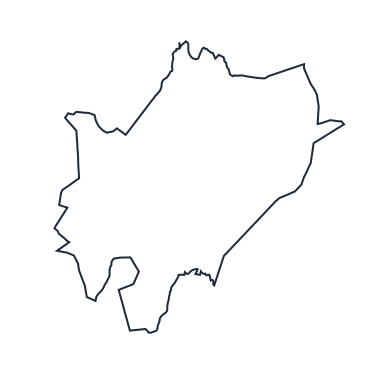 El Bosque, Chiapas, Mexico (Equal Earth projection), rotated 10°
{"feature_id": "50627088B31014849406077", "entity_name": "El Bosque", "entity_type": "district", "adm_level": 2, "iso_a3": "MEX", "parent_name": "Mexico", "parent_adm1": "Chiapas", "projection": "equal_earth", "projection_center": [-92.753, 17.025], "detail": "fine", "context": "isolated", "style": "outline", "palette": "slate", "viewbox_px": 384, "rotation_deg": 10, "n_neighbors": 0, "source": "geoboundaries", "source_scale": "gbopen_adm2", "svg_char_len": 5386}
<svg xmlns="http://www.w3.org/2000/svg" viewBox="0 0 384 384"><g transform="rotate(10 192 192)"><path d="M329.9,99.0L326.7,96.4L326.2,96.5L324.5,96.9L322.0,97.0L316.1,97.2L315.7,97.2L315.0,97.6L307.4,101.8L303.9,103.2L301.9,85.7L298.0,74.3L297.7,73.9L296.8,72.7L295.6,70.9L293.0,67.9L290.8,65.7L289.8,64.4L287.2,60.5L280.8,50.7L280.2,46.6L247.4,64.5L244.4,67.3L241.2,67.9L234.7,68.4L224.8,68.6L224.3,68.6L222.9,68.5L222.4,68.5L222.0,68.5L221.5,68.4L221.0,68.5L220.6,68.6L220.1,68.6L219.7,68.8L219.4,68.9L219.0,69.0L218.3,69.1L217.7,69.5L217.4,69.5L217.2,69.5L217.1,69.4L216.8,69.5L216.6,69.4L216.3,69.5L216.0,69.6L215.5,69.7L215.3,69.7L215.1,69.7L214.8,69.7L214.6,69.6L214.2,69.7L213.8,69.9L213.6,70.0L213.3,70.2L213.0,70.4L212.7,70.7L212.4,70.8L212.2,70.4L211.9,70.4L211.6,70.4L211.3,70.5L210.9,70.5L210.7,70.4L210.4,70.4L210.0,70.2L209.9,70.1L209.5,69.9L209.0,69.3L208.8,69.2L208.6,68.8L208.3,68.1L208.1,67.8L207.9,67.3L207.6,66.5L207.3,65.8L207.0,65.2L206.7,64.8L206.3,64.4L206.0,64.1L205.6,63.7L205.0,63.1L204.5,62.2L203.9,61.5L203.9,60.9L203.8,60.5L203.7,59.9L203.4,59.4L203.3,59.2L203.0,59.0L202.9,58.6L202.6,58.4L202.4,58.3L201.9,58.2L201.7,58.0L201.4,57.8L201.1,57.3L201.0,56.5L200.6,55.8L200.5,55.2L200.3,55.2L200.0,54.7L199.9,54.3L199.7,53.9L199.5,53.7L199.2,53.7L198.9,53.5L198.6,53.4L198.3,53.4L197.4,53.2L196.5,52.8L195.8,52.6L195.4,52.5L195.0,52.4L194.7,52.3L194.5,52.5L194.2,52.9L194.0,53.2L193.9,53.5L193.7,53.7L193.6,53.8L193.5,54.1L193.3,54.4L193.2,54.5L192.9,55.0L192.5,55.5L192.1,56.1L192.0,56.3L191.7,56.6L191.3,55.8L190.7,54.9L189.8,53.5L189.5,53.1L188.6,51.9L188.5,51.7L188.4,51.4L188.1,51.4L187.3,51.5L186.6,51.4L185.9,51.2L185.5,50.9L185.1,50.6L183.6,49.9L182.1,48.8L181.4,48.4L181.1,48.5L180.7,48.7L180.2,48.7L179.7,48.4L178.7,47.9L178.3,47.8L177.0,49.8L176.6,52.3L175.9,54.1L175.5,56.9L174.8,59.6L173.0,60.6L170.2,60.4L167.8,59.2L166.0,57.4L164.4,54.9L163.6,52.4L163.2,50.1L163.0,48.2L162.2,46.1L159.8,44.7L155.6,50.1L155.2,52.8L155.1,51.2L153.5,46.8L154.3,50.3L154.5,51.8L154.4,53.1L154.1,53.4L151.9,53.8L151.6,54.4L152.0,55.3L151.8,55.9L151.1,56.3L150.7,56.5L150.2,57.0L149.0,59.6L149.3,60.4L149.4,61.0L149.6,61.3L149.8,61.8L150.1,62.5L150.2,62.9L150.4,63.6L150.4,65.3L150.1,66.8L150.2,68.5L150.4,70.3L150.6,72.6L151.3,74.2L151.4,76.3L149.8,77.3L149.4,78.9L149.2,79.8L148.6,80.8L148.7,81.2L148.5,81.6L148.2,82.1L147.9,82.5L147.4,83.0L147.1,83.7L147.0,84.2L146.5,84.5L146.3,84.8L145.8,85.1L145.0,85.7L144.4,86.6L143.9,87.4L143.7,88.0L143.3,89.8L143.4,91.4L143.7,93.9L143.5,94.9L143.2,96.0L143.1,97.0L142.8,98.0L142.3,98.9L142.0,99.3L141.2,100.5L140.5,102.1L140.0,102.4L139.5,103.0L138.2,106.1L136.9,108.2L116.8,147.2L107.0,142.4L105.8,143.8L105.5,144.0L104.1,145.8L101.0,147.1L97.9,148.4L93.7,147.0L91.3,145.3L88.5,143.3L85.0,138.6L83.8,135.8L82.6,133.1L82.1,133.0L81.3,132.9L80.6,132.8L78.9,132.5L77.3,132.2L75.9,132.1L75.0,132.2L73.3,132.6L71.9,132.6L65.0,133.1L64.2,133.2L62.8,134.8L62.2,135.9L62.0,136.0L61.6,136.3L58.7,136.2L57.2,136.1L56.4,136.0L54.1,140.8L55.5,142.2L56.8,143.1L61.4,146.9L62.7,147.9L63.8,148.8L65.0,149.7L66.2,150.8L67.4,151.6L67.9,153.3L68.3,155.1L68.7,156.8L69.1,158.5L70.0,162.0L70.5,163.8L70.9,165.5L71.2,167.2L72.1,170.7L74.1,178.8L74.4,180.9L74.5,181.3L74.6,181.8L74.9,183.1L75.0,183.5L75.8,187.3L77.3,193.4L78.4,198.1L75.2,201.3L71.1,205.5L70.7,206.1L69.5,207.1L68.4,208.2L67.3,209.3L64.0,212.5L63.7,213.5L63.2,216.1L63.5,227.9L72.0,229.1L68.5,237.5L66.5,242.4L64.3,247.6L63.8,248.8L62.9,251.7L63.9,252.3L65.1,252.9L66.5,253.7L67.8,255.8L69.0,256.8L71.7,258.2L74.4,259.7L76.4,261.1L77.2,261.6L78.0,262.1L78.7,262.2L79.2,262.4L79.8,262.7L74.3,268.3L74.2,268.4L69.3,273.3L71.7,273.4L79.4,273.4L86.6,275.0L92.2,282.3L94.4,288.9L102.7,302.8L106.7,313.8L108.9,314.2L115.9,316.1L115.9,314.3L115.9,312.9L116.1,311.5L116.6,310.4L117.5,308.6L118.5,307.1L119.6,305.6L120.8,303.3L121.7,300.6L122.2,298.5L122.9,296.8L123.6,295.4L123.9,293.9L124.5,291.9L125.1,289.9L125.3,287.7L124.9,286.0L124.5,283.8L124.3,282.4L124.6,279.6L125.3,278.1L125.0,276.2L124.9,275.3L125.2,273.7L125.7,272.7L126.0,272.0L126.6,271.2L132.5,269.1L141.7,267.3L142.7,267.1L153.5,279.6L150.3,292.9L136.8,301.1L138.9,305.5L154.9,339.3L169.9,335.0L172.8,336.9L173.4,337.9L175.1,337.8L176.5,337.5L177.7,336.6L179.2,335.9L180.5,335.1L181.5,333.8L181.7,332.6L181.6,331.6L181.6,329.4L181.8,327.9L182.4,325.5L182.4,323.4L182.3,321.9L183.3,319.7L184.9,317.6L186.2,316.3L187.4,315.0L188.0,313.4L188.0,311.3L187.5,308.9L187.4,306.4L187.5,304.4L187.8,302.0L187.5,299.5L187.8,296.6L187.6,294.2L188.3,292.5L188.1,290.3L188.7,288.0L189.7,286.5L190.5,285.2L191.5,282.7L192.0,281.0L192.7,279.3L193.1,277.5L193.2,276.0L196.4,275.2L198.8,275.0L198.9,272.2L199.6,272.7L201.3,273.6L203.0,272.8L203.8,271.3L204.9,269.8L206.1,268.7L207.1,268.2L208.9,267.3L210.5,267.0L211.0,267.1L211.0,267.3L209.7,272.2L214.3,272.2L214.5,268.6L215.3,269.4L216.8,270.3L218.0,270.5L218.9,270.5L219.4,270.1L220.2,271.2L220.4,271.5L221.5,271.1L222.4,270.7L223.5,270.5L225.7,275.6L226.0,275.1L227.9,275.3L228.6,276.8L228.9,278.9L229.3,279.7L230.1,280.1L234.5,249.4L239.4,242.0L245.1,233.4L276.3,186.1L277.2,185.1L278.0,184.3L278.2,183.9L278.7,183.2L279.4,182.6L283.1,180.3L285.7,178.5L287.1,177.7L291.9,174.4L292.0,174.3L293.0,173.9L295.2,170.6L298.4,165.8L299.7,157.9L300.5,155.4L301.8,150.7L302.6,147.5L303.2,145.3L303.9,143.0L303.3,122.8L329.9,99.0Z" fill="none" stroke="#1e293b" stroke-width="2"/></g></svg>